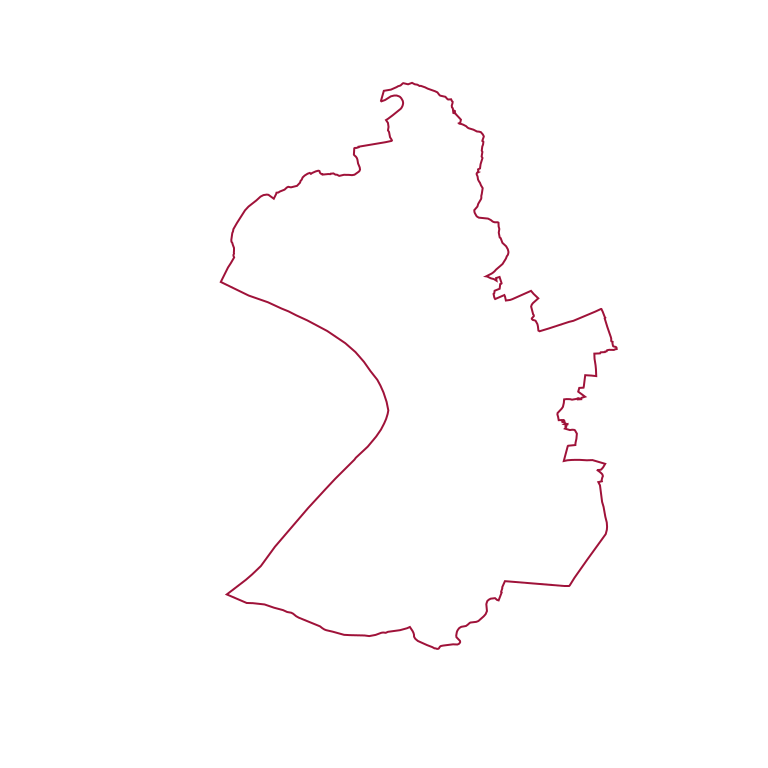 Hinova, Mehedinti, Romania (Natural Earth projection), rotated 336°
{"feature_id": "2599482B25696524526243", "entity_name": "Hinova", "entity_type": "district", "adm_level": 2, "iso_a3": "ROU", "parent_name": "Romania", "parent_adm1": "Mehedinti", "projection": "natural_earth1", "projection_center": [22.791, 44.546], "detail": "fine", "context": "isolated", "style": "outline", "palette": "rose", "viewbox_px": 768, "rotation_deg": 336, "n_neighbors": 0, "source": "geoboundaries", "source_scale": "gbopen_adm2", "svg_char_len": 6166}
<svg xmlns="http://www.w3.org/2000/svg" viewBox="0 0 768 768"><g transform="rotate(336 384 384)"><path d="M380.6,636.8L383.2,635.6L385.7,633.3L387.9,626.8L388.7,625.8L390.1,624.3L391.9,623.7L394.1,623.5L398.3,624.8L399.5,627.3L400.7,628.3L406.7,622.3L406.4,621.6L409.0,618.7L409.4,617.7L414.3,613.3L466.6,641.9L470.9,643.8L471.8,643.5L479.2,638.5L498.1,627.2L525.5,611.3L528.3,607.8L529.7,605.2L531.2,601.1L532.2,595.3L534.6,585.6L535.3,580.4L540.1,564.4L539.9,560.8L543.5,561.5L543.7,560.4L545.4,558.2L546.4,557.3L546.6,556.7L546.7,555.3L546.3,554.1L545.3,551.9L544.0,549.7L544.3,549.5L546.1,550.2L547.6,550.5L550.2,549.3L553.6,546.9L543.5,538.3L538.3,536.2L531.9,532.9L525.3,530.0L520.6,528.3L516.9,527.5L526.6,515.5L527.1,515.3L534.0,517.6L535.0,515.7L537.5,512.3L540.0,507.8L539.6,503.9L539.0,503.2L537.3,502.3L535.1,501.7L531.1,498.3L532.7,497.5L532.6,496.5L533.5,496.5L533.8,495.5L535.2,495.6L535.4,495.2L533.3,494.7L532.3,494.0L533.8,493.8L532.8,491.8L531.5,491.4L531.6,490.8L533.7,491.0L533.5,490.0L528.9,488.1L529.7,484.7L530.0,482.4L530.8,481.1L536.3,478.8L538.2,477.6L540.6,474.4L542.3,471.3L544.8,472.1L547.9,473.6L549.4,474.8L553.7,475.9L555.6,475.9L556.2,476.4L555.6,476.4L555.1,477.0L558.0,478.1L558.2,477.4L558.8,477.0L562.5,477.4L558.3,470.0L560.8,467.0L564.8,468.5L565.6,467.4L571.4,457.8L576.8,460.6L581.1,463.1L583.6,456.8L584.9,452.9L586.6,446.6L588.5,441.8L593.8,443.9L594.8,443.2L598.8,444.7L599.2,444.3L600.7,444.7L601.6,443.9L603.7,444.4L607.9,446.4L609.0,446.3L610.8,446.7L611.2,445.3L610.8,444.4L608.9,443.0L608.7,442.4L609.2,439.9L610.0,438.4L609.2,437.7L609.1,437.0L610.0,435.1L610.3,433.4L611.2,422.9L612.3,413.8L613.1,413.5L612.9,412.6L613.2,406.9L613.1,403.9L612.8,403.7L606.4,403.8L582.7,403.3L578.3,402.5L557.2,400.3L547.6,399.1L546.8,398.0L548.1,393.8L548.5,391.7L548.2,388.0L547.7,387.3L546.0,386.0L545.5,384.8L545.7,384.2L547.9,383.2L548.5,382.9L548.7,382.4L548.8,381.6L548.6,381.0L549.9,373.1L551.3,371.6L552.9,370.7L559.8,368.5L557.3,362.5L556.2,358.7L535.7,358.7L533.4,358.5L529.3,357.3L530.1,353.4L530.1,351.7L520.1,351.6L520.0,351.3L520.0,349.7L520.7,346.3L521.5,346.1L523.0,343.8L528.4,344.0L530.8,340.0L532.0,340.1L532.4,339.8L533.1,333.2L529.5,332.8L528.8,335.4L527.0,332.8L524.6,330.9L522.0,327.8L521.1,327.2L527.2,326.9L528.9,326.6L530.9,326.0L532.8,325.1L541.1,322.6L546.4,319.0L548.1,317.3L549.8,316.3L551.1,314.6L551.5,313.6L551.9,311.3L551.6,307.9L549.6,303.2L549.9,298.2L549.3,297.2L550.4,292.4L552.4,289.3L552.8,286.7L554.2,283.2L553.7,282.5L551.1,281.4L550.0,280.5L549.3,279.7L548.3,277.7L546.3,275.2L538.3,270.6L537.2,269.1L536.8,268.1L536.5,264.9L536.6,263.6L537.2,261.9L541.5,259.9L543.4,257.7L547.9,254.5L548.6,253.6L549.4,251.7L550.6,250.2L553.8,245.2L553.4,242.0L553.5,238.9L553.2,237.8L553.1,236.0L553.1,235.3L553.9,232.4L553.9,230.3L554.2,229.5L554.8,229.0L556.3,228.9L555.8,228.5L556.9,227.5L557.2,226.2L559.4,226.1L561.6,222.5L565.9,217.6L565.7,215.9L568.3,212.0L568.2,210.6L570.4,207.0L571.9,205.5L573.3,203.2L573.3,202.8L572.7,202.1L572.9,201.6L575.8,198.6L575.9,198.1L575.8,196.2L574.9,193.3L573.4,192.1L571.6,191.1L569.2,188.1L565.4,184.8L564.6,183.7L563.9,181.9L561.9,179.4L560.6,178.1L558.7,176.8L558.5,176.3L559.9,176.3L561.8,173.8L559.5,167.1L559.1,165.1L559.8,163.5L559.6,163.2L559.3,163.4L558.2,165.1L557.6,164.6L559.0,160.1L558.6,159.0L559.1,157.3L560.9,155.2L561.5,154.1L561.1,153.0L561.1,151.2L558.3,150.2L557.7,149.2L556.9,146.6L552.6,143.4L552.1,142.3L551.4,139.3L549.7,137.3L544.0,131.9L542.2,129.7L538.9,126.6L537.7,126.2L536.3,124.2L534.0,122.7L532.1,120.3L527.9,120.0L524.1,117.1L523.5,117.0L520.5,118.0L517.9,117.7L516.3,117.9L510.1,117.9L503.1,116.1L496.4,124.1L496.6,124.7L500.5,125.0L507.3,124.0L510.6,124.6L512.9,125.6L514.8,127.4L515.4,128.2L516.0,129.9L516.3,132.8L516.0,134.4L515.5,135.6L514.2,137.3L512.5,138.7L511.2,139.4L501.4,142.0L495.3,143.4L493.2,143.7L493.8,147.1L492.7,151.0L490.8,153.9L491.1,155.8L489.9,161.0L490.3,163.9L490.3,164.7L489.8,165.0L483.7,163.7L457.3,156.9L457.2,157.4L454.7,157.1L453.4,156.5L452.7,156.6L449.8,162.2L449.9,162.9L450.8,164.9L451.1,166.5L451.0,168.1L450.0,172.0L449.9,176.2L449.3,178.4L448.1,179.5L447.2,179.8L442.2,180.8L439.7,180.2L437.4,178.9L432.5,176.6L427.9,175.7L427.4,175.3L426.3,173.8L424.7,172.9L423.5,171.1L420.9,170.2L420.5,170.5L418.1,169.4L413.0,167.7L413.1,167.1L412.2,166.6L411.7,165.8L411.4,164.8L411.7,163.4L411.5,163.0L410.7,162.4L408.1,162.0L404.1,162.0L402.7,162.3L402.1,161.0L399.8,160.8L396.3,161.3L393.7,162.2L392.0,163.8L390.3,164.6L389.2,165.9L385.1,167.6L379.0,166.5L376.7,164.9L375.1,165.0L372.2,166.0L367.1,165.8L365.4,166.1L363.6,165.5L362.7,166.6L358.7,169.9L355.4,164.2L354.0,163.3L350.7,162.4L347.4,162.6L342.3,164.3L332.4,166.8L327.7,168.8L315.0,177.2L309.4,181.3L308.1,183.2L306.8,184.4L303.1,190.3L302.5,192.0L302.8,193.3L302.5,195.4L302.3,198.7L301.0,201.6L300.4,202.6L300.0,203.9L299.0,204.8L298.6,205.7L298.6,207.4L293.2,211.3L288.9,214.1L276.4,224.4L296.4,248.2L311.2,262.1L321.0,273.3L326.3,278.8L331.8,285.6L339.8,294.7L353.7,312.5L365.2,330.9L370.9,343.2L372.2,347.4L374.7,355.6L376.9,366.8L379.6,377.4L380.1,384.0L380.1,391.5L379.1,401.4L377.2,409.9L375.1,412.9L371.8,416.7L368.1,420.1L362.7,424.4L355.5,428.8L343.7,434.6L328.3,439.9L326.2,441.1L301.0,450.7L287.7,456.3L264.1,466.5L218.2,488.3L197.5,500.2L186.1,504.3L178.2,506.7L154.8,512.3L169.5,528.2L175.1,530.9L185.2,536.8L192.5,543.6L199.8,549.5L202.8,552.9L206.2,555.2L207.5,556.8L209.3,560.4L211.1,562.8L227.0,579.4L228.3,581.9L229.7,584.0L231.1,585.4L236.4,589.4L245.5,596.9L250.6,599.5L263.9,605.8L268.0,608.3L274.3,609.8L280.4,610.2L282.2,610.7L284.4,612.0L286.8,612.0L298.5,615.4L305.7,616.5L308.8,616.5L309.6,621.2L309.7,623.2L309.4,625.4L308.8,626.6L308.7,627.8L309.0,629.6L310.4,632.5L317.1,640.0L321.1,644.0L322.6,646.0L323.6,646.5L324.5,647.4L325.6,647.9L326.5,647.9L328.3,646.7L329.4,646.5L331.6,647.0L341.2,649.9L345.0,651.8L346.6,651.9L348.0,651.3L348.5,650.9L348.8,650.2L348.9,649.5L347.2,644.8L347.7,643.1L349.6,640.3L350.8,639.1L353.1,637.7L355.1,637.3L356.0,637.3L360.4,638.4L362.4,638.0L365.2,637.1L366.0,637.1L371.5,638.8L373.0,638.9L373.9,638.9L380.6,636.8Z" fill="none" stroke="#9f1239" stroke-width="2"/></g></svg>